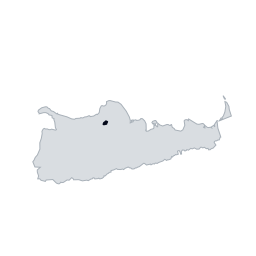 Bragado, Buenos Aires, Argentina shown in context, rotated 250°
{"feature_id": "61730980B17981427769766", "entity_name": "Bragado", "entity_type": "district", "adm_level": 2, "iso_a3": "ARG", "parent_name": "Argentina", "parent_adm1": "Buenos Aires", "projection": "natural_earth1", "projection_center": [-60.56, -35.028], "detail": "fine", "context": "in_parent", "style": "filled", "palette": "ink", "viewbox_px": 256, "rotation_deg": 250, "n_neighbors": 0, "source": "geoboundaries", "source_scale": "gbopen_adm2", "svg_char_len": 4119}
<svg xmlns="http://www.w3.org/2000/svg" viewBox="0 0 256 256"><g transform="rotate(250 128 128)"><path d="M155.9,78.1L154.5,80.7L154.8,82.3L153.6,86.3L153.9,87.1L152.9,89.0L153.2,91.0L152.7,93.0L152.9,95.5L152.5,96.2L151.6,96.4L151.0,99.8L151.7,103.1L151.1,103.8L152.3,106.2L156.0,108.3L157.9,110.4L157.9,111.3L156.9,112.7L156.8,113.8L157.3,115.3L158.3,116.3L160.1,116.8L160.3,119.0L160.0,120.4L156.6,125.3L155.8,127.4L152.6,129.6L144.4,132.1L138.0,133.0L134.4,132.8L132.0,131.8L132.2,134.6L133.4,135.4L132.7,135.4L133.3,135.9L133.0,138.2L132.2,138.6L131.7,140.5L131.7,142.1L132.5,143.4L131.7,144.8L129.0,146.1L125.7,146.4L119.6,144.3L119.9,143.9L119.5,143.8L118.6,144.2L118.2,146.1L118.9,149.0L118.7,151.4L119.1,152.3L121.3,153.2L121.2,154.2L121.9,154.3L123.5,154.1L123.6,153.3L122.8,153.0L124.9,152.3L125.8,153.4L125.8,155.9L125.5,156.6L123.8,157.1L123.3,156.9L122.4,155.2L121.6,154.8L119.2,155.7L119.0,156.3L122.4,157.6L119.9,159.0L118.0,161.3L118.0,165.7L117.5,166.9L116.2,168.0L115.9,168.8L116.4,169.3L116.3,170.1L113.6,169.8L111.7,171.2L110.0,171.6L107.0,176.5L107.5,178.9L111.1,182.3L115.5,183.2L116.1,184.4L115.9,185.7L115.4,186.5L113.8,187.3L115.2,187.3L115.8,188.0L108.1,194.1L107.2,195.9L106.8,199.5L106.2,200.3L104.6,201.0L103.5,200.3L102.6,198.9L102.7,200.0L101.2,200.4L103.0,200.4L103.9,201.3L101.5,202.7L100.8,203.9L100.6,205.6L99.7,206.5L100.4,206.3L101.2,209.6L99.3,209.9L101.7,210.4L104.5,214.2L104.3,214.5L104.2,214.1L97.2,212.4L87.8,212.1L87.9,211.6L85.6,209.6L86.0,208.2L85.6,206.9L86.0,205.8L85.7,204.5L84.8,204.0L81.9,204.8L80.0,201.1L80.1,199.2L79.5,197.9L79.9,196.3L81.5,196.2L81.8,194.5L83.8,193.1L83.7,191.5L84.8,190.5L85.1,189.7L83.9,187.6L84.6,185.3L86.6,183.5L86.4,181.2L87.4,180.1L86.5,177.2L87.6,175.9L87.0,175.2L86.9,173.6L88.0,173.2L88.7,171.5L87.5,169.9L85.3,169.5L85.2,168.7L89.0,168.6L89.5,167.4L89.2,166.6L86.2,166.3L86.2,164.6L86.8,163.5L86.2,162.4L86.4,161.4L85.5,159.9L86.3,159.3L84.3,157.7L84.2,155.2L84.6,154.5L84.3,153.2L86.0,151.9L85.1,149.5L85.1,144.8L84.7,143.5L85.7,141.6L85.1,140.4L85.9,139.4L85.5,137.0L86.4,136.8L86.9,132.7L89.1,131.4L89.5,130.6L87.8,125.4L87.9,123.4L87.6,122.5L87.9,121.3L87.5,119.7L88.1,117.7L89.6,116.9L89.7,116.2L91.3,114.8L91.1,111.4L90.4,109.7L91.2,109.1L91.6,106.5L92.8,103.8L93.8,103.3L93.5,100.3L93.8,97.5L92.4,97.0L92.7,95.0L92.2,94.5L91.9,92.4L90.9,90.6L90.8,89.7L91.3,89.2L90.3,88.5L89.6,86.8L89.7,85.2L89.8,84.1L90.9,83.4L90.7,82.6L91.5,79.4L92.6,79.2L93.2,78.1L92.5,77.5L92.7,75.5L92.1,72.7L93.1,71.4L93.9,67.1L96.3,64.0L97.9,59.2L99.2,59.1L100.6,58.1L99.1,54.9L100.0,52.9L99.0,48.8L99.3,47.2L100.1,46.3L99.1,44.7L99.4,43.4L100.7,41.9L105.3,39.7L107.1,33.3L106.1,32.1L108.6,28.4L110.4,27.7L111.1,25.8L113.5,27.6L117.6,27.7L119.6,28.4L121.1,32.2L123.2,27.2L128.8,27.0L130.0,28.8L132.1,30.8L133.6,33.6L138.3,38.0L144.3,40.1L147.9,43.0L152.2,45.5L154.3,46.0L155.9,47.8L156.3,49.1L155.3,50.1L154.6,52.0L153.5,53.1L153.0,54.4L153.0,55.9L150.8,59.1L150.9,60.2L153.1,59.9L158.6,61.2L161.2,61.2L162.1,61.7L163.5,60.2L165.8,60.8L167.3,58.3L168.9,57.8L170.5,56.1L171.3,53.9L171.7,49.3L172.5,49.6L174.1,49.0L175.4,49.9L176.5,53.8L176.2,57.5L175.6,59.0L173.9,59.8L173.0,60.9L170.4,61.7L169.0,63.6L165.7,65.8L165.9,66.9L164.9,66.8L159.4,74.4L155.9,78.1ZM103.9,229.2L103.5,216.2L105.4,218.7L104.5,218.6L104.3,219.8L105.8,220.1L106.6,221.6L109.9,224.5L114.9,227.3L119.7,228.1L118.4,229.5L113.7,230.2L110.9,229.5L103.9,229.2ZM121.7,229.0L123.1,228.5L125.9,228.4L122.2,229.5L121.7,229.0ZM134.1,133.9L134.0,134.5L133.2,133.6L134.1,133.9Z" fill="#d9dde1" stroke="#a8b0b8" stroke-width="1"/><path d="M140.9,110.7L141.1,110.6L141.4,110.3L141.7,109.9L141.8,109.9L142.0,109.6L141.8,109.4L141.8,109.2L141.8,108.8L141.6,108.7L141.4,108.4L141.4,108.2L141.2,108.2L141.2,107.9L141.3,107.8L141.3,107.7L141.3,107.4L141.2,107.3L141.2,107.2L140.9,107.2L140.7,107.1L140.6,106.9L140.5,106.7L140.4,106.7L140.3,106.4L140.2,106.3L140.2,106.2L139.9,106.1L139.6,106.4L139.7,106.6L139.5,106.9L139.8,107.1L139.9,107.3L139.3,108.0L139.5,108.2L139.8,108.4L139.2,109.1L139.4,109.2L139.8,109.7L140.4,110.3L140.9,110.7Z" fill="#0f172a" stroke="#020617" stroke-width="1.5"/></g></svg>